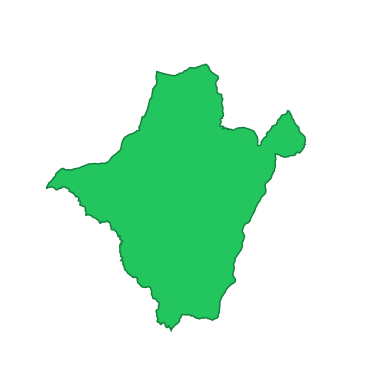 Campohermoso, Boyacá, Colombia (Mercator projection), rotated 331°
{"feature_id": "7082276B14856553435658", "entity_name": "Campohermoso", "entity_type": "district", "adm_level": 2, "iso_a3": "COL", "parent_name": "Colombia", "parent_adm1": "Boyacá", "projection": "mercator", "projection_center": [-73.141, 5.004], "detail": "fine", "context": "isolated", "style": "filled", "palette": "green", "viewbox_px": 384, "rotation_deg": 331, "n_neighbors": 0, "source": "geoboundaries", "source_scale": "gbopen_adm2", "svg_char_len": 6014}
<svg xmlns="http://www.w3.org/2000/svg" viewBox="0 0 384 384"><g transform="rotate(331 192 192)"><path d="M95.5,226.8L95.5,227.5L96.4,229.4L96.5,232.1L98.8,237.1L98.8,238.0L99.2,238.4L101.6,238.8L101.6,239.9L102.6,240.7L102.0,241.8L101.5,242.1L100.8,244.7L100.8,246.1L101.4,246.8L101.8,248.9L101.7,249.8L102.7,251.2L105.1,252.9L105.6,253.2L107.9,253.6L108.3,253.8L109.2,255.6L108.6,259.6L106.9,261.7L106.8,264.2L106.3,265.8L106.6,266.6L108.5,267.9L108.6,270.4L109.4,273.6L109.4,274.0L108.9,274.5L108.2,274.7L107.7,275.1L106.3,277.7L105.9,278.0L103.9,278.1L102.7,278.9L102.1,281.5L101.4,282.9L100.9,284.6L100.9,286.6L99.5,287.2L98.9,288.0L98.9,288.8L99.2,289.7L100.1,290.1L100.6,290.8L100.1,291.9L100.3,292.6L100.7,292.8L103.2,292.2L104.2,292.4L104.3,294.3L103.8,297.2L104.2,298.2L104.8,298.6L105.2,298.6L106.5,297.5L106.9,297.6L107.0,298.1L106.6,299.8L106.9,300.9L106.6,303.0L108.1,301.8L112.5,300.2L115.9,299.9L118.0,299.1L118.8,298.5L119.1,297.5L119.6,297.0L121.9,296.0L123.0,295.0L123.2,294.5L124.3,294.7L125.5,295.3L127.2,296.6L130.3,298.1L130.9,298.8L130.8,299.9L132.4,300.3L132.8,300.8L133.7,303.1L134.7,303.9L135.0,304.8L136.1,305.4L136.8,306.5L138.4,306.7L142.5,308.5L143.6,308.7L144.4,310.2L146.4,312.1L147.9,314.2L149.0,313.7L152.8,314.4L154.5,313.7L155.7,311.5L157.2,310.8L163.7,301.0L166.9,298.4L170.0,296.8L172.0,296.0L174.5,294.0L176.6,293.1L180.4,292.0L185.4,291.7L186.6,291.2L187.4,289.6L187.6,288.6L187.4,284.7L187.6,283.9L191.2,280.2L192.2,278.5L193.6,275.0L196.3,272.9L197.1,271.6L198.2,270.6L200.1,269.8L204.2,267.6L206.7,266.5L209.4,264.3L210.5,262.8L210.6,261.5L210.9,261.0L212.2,260.3L216.2,256.7L216.8,255.1L216.8,251.1L217.2,250.3L220.2,247.3L222.9,245.9L224.0,245.7L226.5,246.2L228.8,245.3L229.5,244.8L229.7,244.2L233.9,241.2L236.1,240.0L238.7,238.0L239.8,236.8L244.0,233.9L247.1,232.6L249.3,230.7L250.7,230.0L253.9,229.3L255.7,228.5L256.6,227.6L257.6,226.0L259.1,221.3L260.5,220.1L263.4,219.7L265.2,219.0L266.9,218.8L268.8,217.5L269.9,216.0L271.3,215.4L272.2,214.2L273.7,213.8L274.7,212.8L275.1,212.0L277.4,209.9L279.2,206.1L281.3,203.7L283.0,199.1L286.3,201.6L287.2,203.5L289.9,206.5L293.7,207.9L295.3,207.7L296.1,207.9L298.0,209.1L299.2,209.5L300.1,209.6L300.6,209.1L301.2,209.1L301.7,208.4L302.7,208.5L303.6,208.2L304.7,209.9L305.9,209.9L311.4,207.4L312.1,206.8L312.9,205.5L314.2,205.2L314.0,204.3L315.9,202.2L317.3,198.7L317.1,196.7L315.9,193.4L315.4,191.4L315.5,190.4L316.7,187.3L315.6,183.8L315.3,181.8L315.8,177.5L315.3,176.3L315.2,175.5L316.0,173.8L316.1,168.4L316.0,168.0L314.8,167.3L313.6,168.8L312.5,169.3L311.3,169.3L308.9,168.5L307.1,168.6L306.5,169.2L305.6,169.6L305.2,170.1L303.7,170.2L301.6,171.0L300.7,172.2L299.5,172.8L299.1,173.6L296.5,173.8L294.7,173.4L293.6,173.5L293.0,174.4L292.3,174.8L290.8,175.4L289.1,176.4L288.3,176.2L287.0,176.4L286.4,176.8L285.8,176.7L285.6,176.8L284.9,178.5L284.2,179.3L281.4,179.6L277.0,181.6L276.5,182.0L276.0,183.4L274.9,184.1L273.1,184.1L272.0,182.9L274.6,178.7L275.7,175.7L275.7,169.0L273.9,166.4L269.1,161.2L268.3,160.6L263.0,158.2L258.4,158.0L257.5,157.7L257.1,157.3L257.0,156.6L255.1,155.1L253.7,154.8L254.4,154.2L253.3,153.2L252.7,153.3L252.4,152.1L252.1,152.0L251.2,152.3L249.6,151.4L251.2,150.6L251.4,150.2L250.6,149.3L248.7,148.2L248.5,147.7L249.0,146.8L251.6,144.8L251.6,143.6L252.2,142.2L252.8,141.7L254.2,142.2L254.4,141.2L255.9,140.9L257.2,139.3L258.0,135.8L259.5,134.1L260.0,133.0L260.6,129.6L261.9,127.3L263.7,126.1L264.0,125.5L263.9,123.5L265.1,121.6L264.9,120.8L264.2,120.4L263.6,119.8L262.3,117.6L262.6,116.1L264.4,113.0L264.7,110.1L265.2,108.8L266.4,107.2L269.9,105.7L270.5,105.0L270.7,102.9L269.0,100.6L268.7,99.3L267.6,97.5L267.0,95.6L266.7,93.6L267.3,90.8L266.5,87.5L265.2,86.7L263.3,86.7L262.7,86.1L262.1,86.0L259.6,85.9L258.2,85.3L256.0,85.5L255.4,84.9L253.7,84.6L251.6,82.9L250.5,82.3L249.7,82.3L247.4,82.9L246.8,82.7L245.4,82.9L244.7,82.4L244.0,82.4L240.9,83.4L239.5,82.3L234.3,82.1L233.0,81.8L229.6,79.3L224.5,74.7L219.7,69.6L216.5,73.8L215.9,74.9L214.7,78.4L213.4,80.5L207.7,83.0L202.8,89.4L199.9,90.8L193.3,98.0L187.9,102.2L187.0,102.7L185.3,102.2L184.7,102.3L179.3,108.3L177.9,108.9L177.1,109.7L176.6,110.6L176.3,112.1L176.0,112.4L174.8,112.3L173.9,111.7L170.1,112.3L164.4,111.3L160.0,111.6L157.8,112.4L156.2,113.7L154.0,115.7L150.5,119.9L149.7,120.5L143.6,121.9L141.3,122.1L139.0,122.5L134.3,124.8L132.7,125.0L129.7,124.6L128.3,124.0L126.8,122.9L123.3,121.9L120.3,119.6L117.4,118.6L114.9,117.3L112.6,117.2L108.2,116.5L104.9,116.3L99.7,114.5L98.3,114.5L96.9,114.1L94.3,112.4L92.3,111.4L91.9,111.0L91.0,109.1L89.6,108.5L88.3,108.5L81.9,110.0L80.4,111.8L76.7,113.0L74.0,114.3L71.5,114.6L67.7,117.0L66.9,117.8L66.7,118.2L67.2,118.5L69.1,118.3L70.8,119.3L72.1,119.5L73.5,121.6L74.0,123.8L74.5,124.4L76.1,124.7L78.2,124.6L79.3,125.3L80.5,124.8L82.0,125.1L83.7,126.4L84.3,128.1L85.8,129.0L85.5,130.8L85.0,131.5L86.3,133.9L87.1,134.1L87.5,134.5L87.2,135.2L87.9,136.6L88.2,137.8L87.8,139.4L88.3,139.9L89.6,140.2L90.0,142.1L89.9,142.7L89.5,143.3L88.3,144.4L88.5,144.9L89.7,146.0L89.9,146.5L88.6,147.5L87.7,149.1L87.9,149.7L89.1,150.3L89.6,151.7L90.9,152.5L91.5,153.2L90.8,154.2L90.5,155.1L89.8,156.0L89.5,158.5L89.0,159.3L88.0,160.5L88.0,160.9L88.5,161.2L89.5,161.2L90.3,161.5L92.3,163.7L93.2,166.2L95.1,168.3L95.4,169.6L96.1,170.5L96.6,172.3L96.2,174.0L96.5,174.7L97.0,175.0L97.5,174.9L98.6,174.2L99.0,175.0L100.3,175.4L101.7,176.3L103.7,176.0L104.2,176.8L104.1,177.7L105.3,179.2L105.3,179.9L104.3,182.0L104.3,183.4L103.5,184.7L103.3,185.6L103.9,186.5L105.2,186.6L105.6,187.1L105.8,188.3L106.4,189.8L106.8,190.2L106.3,191.5L106.5,193.0L105.7,195.0L105.9,195.4L107.3,195.4L107.8,195.6L107.7,196.1L106.3,197.6L106.0,198.7L107.4,200.9L107.5,201.5L106.8,201.8L105.4,201.6L105.1,202.1L105.2,203.4L104.8,203.8L104.3,203.7L103.7,203.0L103.3,203.3L102.7,204.1L100.5,208.5L99.7,209.4L99.7,211.0L99.4,211.4L99.2,213.0L98.4,214.0L99.5,214.6L99.4,215.9L96.5,217.5L97.8,218.1L98.2,218.8L97.3,220.1L97.2,221.1L96.4,221.9L96.7,223.7L96.2,224.8L96.2,226.0L95.5,226.8Z" fill="#22c55e" stroke="#15803d" stroke-width="1.5"/></g></svg>